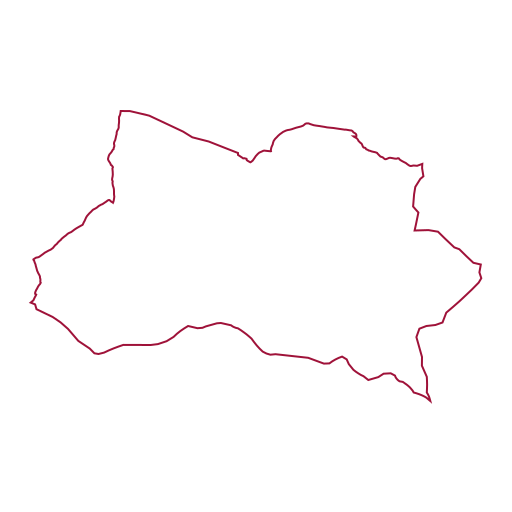 the district of Brebu Nou, Caras-Severin, Romania
{"feature_id": "2599482B82454877199811", "entity_name": "Brebu Nou", "entity_type": "district", "adm_level": 2, "iso_a3": "ROU", "parent_name": "Romania", "parent_adm1": "Caras-Severin", "projection": "natural_earth1", "projection_center": [22.122, 45.233], "detail": "fine", "context": "isolated", "style": "outline", "palette": "rose", "viewbox_px": 512, "rotation_deg": 0, "n_neighbors": 0, "source": "geoboundaries", "source_scale": "gbopen_adm2", "svg_char_len": 5313}
<svg xmlns="http://www.w3.org/2000/svg" viewBox="0 0 512 512"><path d="M430.3,401.0L429.7,398.8L429.0,396.6L428.0,394.5L426.8,392.5L427.0,388.6L427.1,384.7L427.0,380.7L426.8,376.8L421.9,365.7L422.0,357.0L416.4,337.1L419.4,328.7L426.4,326.0L435.4,325.0L442.5,322.5L446.3,312.6L452.9,307.0L459.4,301.3L465.7,295.4L471.9,289.5L478.7,282.6L481.3,278.2L479.4,272.4L480.8,264.5L473.4,262.8L466.5,256.3L459.3,249.2L454.3,247.4L444.9,238.5L438.0,231.7L428.5,230.1L414.6,230.5L415.8,225.1L418.4,212.5L415.6,209.4L413.1,206.5L414.1,194.2L415.3,186.9L420.4,178.8L421.9,177.6L423.4,176.3L422.1,168.2L422.2,165.5L422.3,163.9L417.1,165.8L416.0,165.7L413.5,165.5L412.9,165.6L411.7,165.9L410.7,166.0L409.8,165.8L409.2,165.5L408.3,164.9L407.2,164.1L405.8,163.0L403.6,161.9L401.4,160.7L400.5,160.1L399.6,159.5L399.1,158.7L398.7,158.3L398.2,158.3L397.9,158.2L397.5,158.4L397.0,158.6L396.1,158.7L394.8,158.6L392.2,158.1L390.4,157.8L389.6,157.8L388.7,158.0L387.7,158.5L386.2,159.1L385.3,159.2L384.9,159.1L383.9,158.4L382.7,157.3L381.8,157.0L380.9,156.7L380.4,156.5L378.9,155.0L377.5,153.5L377.1,152.9L375.5,152.3L372.4,151.6L371.6,151.4L370.0,150.8L369.3,150.6L368.6,150.5L368.0,150.0L367.1,149.6L366.3,149.3L365.8,148.7L365.4,148.0L364.7,147.7L364.0,147.7L363.5,147.4L363.0,146.8L362.5,145.7L361.9,144.2L361.3,143.4L360.5,142.9L359.5,141.9L358.5,140.9L357.9,139.7L357.0,138.5L355.4,137.5L354.4,137.0L353.6,136.4L354.1,136.4L355.1,136.7L355.7,136.7L356.3,136.4L356.4,135.7L356.3,134.8L355.9,134.0L355.1,133.3L353.4,132.3L352.5,131.1L351.5,130.5L349.7,130.3L345.7,129.6L345.0,129.7L339.4,128.9L333.4,128.0L327.1,127.4L324.6,126.9L320.9,126.3L319.8,126.1L316.1,125.6L313.7,125.2L310.3,124.1L308.6,123.4L306.5,123.4L305.3,123.8L304.3,124.7L303.0,125.7L300.9,126.5L296.2,127.7L292.9,128.8L291.8,129.2L289.9,129.7L287.5,130.1L285.9,130.6L283.1,131.9L281.6,133.0L279.9,134.2L278.1,135.8L276.8,137.2L275.1,138.9L273.7,140.9L273.0,142.9L272.7,144.4L271.6,146.8L271.2,148.1L270.9,149.7L270.9,150.8L271.0,151.2L270.8,151.3L266.8,150.9L264.2,150.6L263.3,150.8L261.8,151.5L259.3,152.6L257.7,154.0L255.7,156.2L254.6,157.9L252.7,160.6L251.1,161.9L250.3,162.3L249.2,161.7L248.0,161.0L246.8,160.2L246.5,158.8L244.3,158.2L243.2,158.4L242.1,157.6L238.0,154.9L238.0,153.0L224.7,147.8L208.7,141.5L192.3,137.3L183.1,131.6L167.2,124.1L149.3,115.7L146.6,115.0L130.0,111.1L120.7,111.0L120.5,112.5L120.1,114.7L119.5,116.1L119.1,116.8L119.0,118.9L119.1,120.6L119.0,122.8L118.7,125.1L118.7,127.6L118.4,128.6L118.3,128.9L117.2,130.8L116.7,132.2L116.6,134.2L116.2,135.6L115.6,138.4L115.1,140.4L114.5,141.4L114.0,143.1L114.0,144.0L114.3,145.1L114.3,146.4L113.7,148.0L113.6,149.1L112.7,149.9L112.0,151.2L111.5,152.0L110.8,152.9L109.9,153.9L109.4,154.5L108.7,156.1L108.3,157.6L108.0,159.0L108.3,160.1L108.9,161.2L110.0,162.8L110.6,164.0L110.8,164.8L111.8,165.5L112.3,166.2L112.5,166.4L112.9,167.1L112.8,167.3L112.8,167.6L112.4,168.4L112.7,171.7L112.8,174.6L112.6,176.5L112.2,178.3L112.1,179.4L112.1,179.9L112.5,180.8L112.7,181.8L112.6,182.1L112.5,182.3L112.5,183.3L112.7,184.6L112.9,185.8L113.3,186.8L113.7,188.2L113.9,189.3L114.0,191.3L114.0,194.0L114.1,195.2L114.3,196.5L114.2,197.5L113.9,199.6L113.5,201.4L113.3,202.0L113.0,202.7L112.9,202.6L111.3,201.7L110.1,200.6L109.6,200.1L109.2,200.0L108.9,200.0L108.5,200.1L107.8,200.4L105.7,202.0L105.0,202.4L104.2,203.0L103.5,203.4L102.6,204.1L101.0,204.7L100.0,205.3L98.7,206.0L97.0,207.5L95.4,208.5L93.2,209.6L92.1,210.6L91.1,211.7L89.6,213.1L89.2,213.5L87.1,215.9L86.1,217.5L84.6,220.9L83.9,222.1L83.7,222.5L82.7,224.7L82.3,225.0L81.5,225.4L78.3,227.2L76.4,228.3L74.3,229.7L72.5,231.1L71.1,232.1L69.2,232.9L68.4,233.3L67.2,234.2L65.8,235.5L64.0,236.8L61.5,238.9L61.1,239.6L59.7,240.8L58.4,242.0L57.6,242.9L57.0,243.7L56.6,244.1L55.3,245.1L54.0,246.6L53.5,247.3L52.8,248.1L51.8,248.8L50.6,249.7L49.2,250.3L48.2,250.8L45.0,252.6L44.9,252.6L43.0,254.1L42.0,254.8L39.4,256.7L38.4,257.2L37.0,257.5L36.2,257.6L34.7,258.5L33.4,259.4L33.6,260.1L34.1,260.6L34.7,262.5L35.5,264.4L35.7,265.4L35.9,266.3L36.3,267.6L37.2,270.9L37.8,272.1L38.0,272.7L39.2,274.8L39.9,276.3L40.0,277.8L40.4,279.2L40.4,280.3L40.3,282.0L40.5,282.4L40.7,282.6L40.6,282.9L40.6,283.0L40.1,283.9L40.0,284.1L38.9,285.3L38.0,286.7L36.9,288.9L36.4,289.6L35.8,290.9L35.2,292.4L35.1,293.8L36.2,294.6L35.7,295.7L34.8,297.3L33.4,300.3L30.7,302.6L35.1,304.4L36.5,309.2L52.7,317.0L60.6,322.4L68.0,328.9L78.3,340.9L89.8,348.6L94.4,353.3L98.5,354.0L104.1,352.6L108.8,350.4L113.6,348.4L118.4,346.6L123.3,344.9L150.7,345.0L157.9,344.1L166.6,341.2L173.6,336.9L176.9,333.8L180.4,331.0L184.2,328.4L188.1,326.0L197.5,328.2L202.5,327.8L205.8,326.4L216.9,323.3L220.9,323.0L231.1,325.3L232.6,326.4L234.2,327.2L236.0,327.9L237.9,328.3L241.0,330.3L243.8,332.3L246.5,334.3L249.0,336.4L251.5,338.6L254.0,342.0L256.7,345.4L259.6,348.6L262.7,351.6L266.4,353.5L270.4,354.7L275.5,354.2L308.2,357.8L323.9,363.6L329.4,363.4L332.3,361.3L335.4,359.5L338.7,357.9L342.1,356.6L346.7,359.4L348.8,364.1L353.4,369.8L355.7,371.6L358.2,373.3L360.8,374.9L363.5,376.2L368.3,380.0L378.3,377.1L383.6,373.7L390.7,373.3L395.0,375.6L395.5,377.0L396.3,378.3L397.3,379.5L398.5,380.6L399.6,381.3L402.8,381.9L406.9,384.8L408.0,385.7L409.7,387.2L411.2,388.9L412.6,390.6L413.7,392.5L416.5,393.3L419.2,394.2L421.9,395.3L424.4,396.5L426.3,397.6L430.3,401.0Z" fill="none" stroke="#9f1239" stroke-width="2"/></svg>